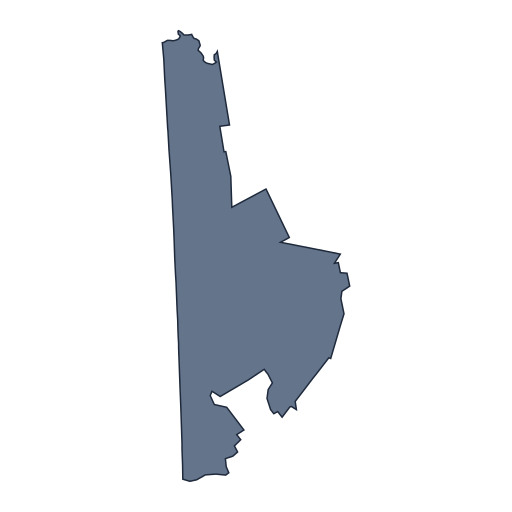 Oxford, Maine, United States of America (Equal Earth projection)
{"feature_id": "52423323B46347201261258", "entity_name": "Oxford", "entity_type": "district", "adm_level": 2, "iso_a3": "USA", "parent_name": "United States of America", "parent_adm1": "Maine", "projection": "equal_earth", "projection_center": [-70.823, 44.566], "detail": "fine", "context": "isolated", "style": "filled", "palette": "slate", "viewbox_px": 512, "rotation_deg": 0, "n_neighbors": 0, "source": "geoboundaries", "source_scale": "gbopen_adm2", "svg_char_len": 1847}
<svg xmlns="http://www.w3.org/2000/svg" viewBox="0 0 512 512"><path d="M228.8,472.8L226.2,466.7L225.4,458.6L232.8,456.2L237.6,452.0L234.4,445.9L240.7,439.7L236.7,434.6L243.9,430.0L226.7,407.3L214.3,404.5L210.2,395.6L212.0,391.3L220.2,396.5L248.2,380.0L264.2,369.3L266.2,372.1L267.9,374.1L272.4,382.9L268.2,389.5L267.0,398.4L270.6,409.6L273.8,413.7L277.7,411.6L282.1,417.2L289.9,406.9L291.4,406.5L296.4,409.6L295.2,401.4L302.8,391.5L313.7,377.2L316.0,374.4L328.8,357.8L330.7,358.5L340.4,325.5L344.0,313.8L340.9,298.7L341.9,291.3L349.7,286.1L347.0,273.2L340.4,272.7L338.3,262.6L334.4,263.3L340.3,254.1L325.5,251.1L280.5,242.3L289.3,237.5L277.4,212.7L266.0,189.0L231.8,207.3L230.8,176.3L225.8,151.6L224.0,151.8L219.8,126.3L229.5,125.0L217.3,51.4L216.4,53.1L215.9,53.7L215.4,54.1L214.3,54.7L214.1,56.7L214.3,60.1L215.9,61.7L216.4,62.1L215.2,63.0L212.4,64.5L207.6,63.4L206.2,62.9L204.5,61.7L203.6,60.8L203.2,60.3L203.6,57.7L203.2,56.1L201.1,53.0L199.5,51.5L198.1,50.3L198.1,50.1L198.5,48.6L198.8,48.0L199.9,46.3L200.2,45.3L198.9,40.8L198.2,40.3L196.3,39.0L194.2,38.5L193.2,37.3L192.0,35.2L191.7,34.4L188.1,35.0L184.0,35.0L183.2,34.3L183.0,33.9L182.4,33.3L180.4,31.7L179.7,31.2L178.4,30.7L178.0,31.4L178.0,31.9L178.4,34.3L179.7,35.2L180.3,36.1L180.2,36.3L178.8,38.8L177.7,39.4L176.0,40.1L174.1,40.6L172.4,40.8L171.4,40.5L167.7,40.3L166.2,41.0L164.5,42.0L163.5,42.5L162.3,42.7L163.8,59.4L164.7,78.3L165.4,88.9L167.7,128.8L167.9,130.2L169.0,150.1L170.8,174.8L172.3,200.5L172.5,206.0L173.7,229.4L174.2,242.1L174.7,257.4L175.5,274.2L176.0,281.8L177.1,309.4L177.7,320.2L178.0,331.5L178.2,336.4L178.6,343.9L178.6,344.0L178.6,347.8L180.0,386.8L180.2,391.9L180.8,407.0L182.0,443.2L182.0,449.0L182.2,454.5L182.6,465.6L182.8,479.2L189.9,481.3L196.7,479.8L205.3,474.9L215.8,474.1L225.7,475.1L228.8,472.8Z" fill="#64748b" stroke="#1e293b" stroke-width="1.5"/></svg>